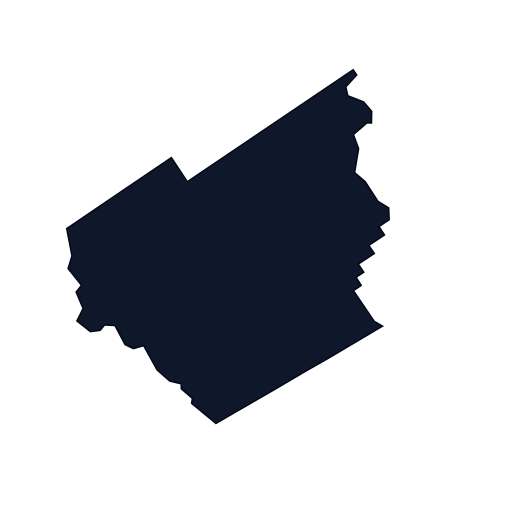 Madison, Florida, United States of America, rotated 146°
{"feature_id": "52423323B35187147605368", "entity_name": "Madison", "entity_type": "district", "adm_level": 2, "iso_a3": "USA", "parent_name": "United States of America", "parent_adm1": "Florida", "projection": "albers", "projection_center": [-83.469, 30.456], "detail": "fine", "context": "isolated", "style": "filled", "palette": "ink", "viewbox_px": 512, "rotation_deg": 146, "n_neighbors": 0, "source": "geoboundaries", "source_scale": "gbopen_adm2", "svg_char_len": 895}
<svg xmlns="http://www.w3.org/2000/svg" viewBox="0 0 512 512"><g transform="rotate(146 256 256)"><path d="M440.8,302.3L435.6,285.9L426.8,281.5L420.1,283.5L411.8,277.2L414.1,255.8L409.5,247.8L399.3,244.5L401.7,216.8L397.4,200.4L389.5,191.9L392.2,187.6L388.4,173.4L391.8,169.9L382.9,139.6L361.9,138.2L360.5,138.1L343.9,136.9L334.4,136.3L322.0,135.4L316.0,135.0L293.7,133.6L287.7,133.2L282.7,133.0L253.7,130.8L190.3,127.1L194.5,135.7L194.6,172.8L185.2,172.8L184.9,182.4L175.7,182.3L175.7,192.1L156.5,191.9L156.5,201.7L137.7,201.6L137.6,211.6L125.3,211.6L119.1,221.7L124.3,233.1L123.9,256.7L127.6,270.0L110.9,287.6L107.3,302.2L89.6,304.3L85.9,301.7L79.2,311.2L80.6,323.5L90.3,337.6L86.9,346.0L71.2,349.8L71.3,356.1L271.4,356.0L271.1,384.9L329.2,384.8L397.6,384.6L408.5,359.0L418.8,350.7L417.1,329.3L425.3,326.7L428.7,309.2L440.8,302.3Z" fill="#0f172a" stroke="#020617" stroke-width="1.5"/></g></svg>